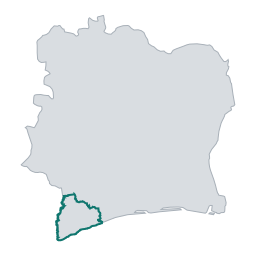 San Pedro, Bas-Sassandra, Ivory Coast shown in context
{"feature_id": "98640826B43081365176028", "entity_name": "San Pedro", "entity_type": "district", "adm_level": 2, "iso_a3": "CIV", "parent_name": "Ivory Coast", "parent_adm1": "Bas-Sassandra", "projection": "mercator", "projection_center": [-6.916, 5.016], "detail": "fine", "context": "in_parent", "style": "outline", "palette": "teal", "viewbox_px": 256, "rotation_deg": 0, "n_neighbors": 0, "source": "geoboundaries", "source_scale": "gbopen_adm2", "svg_char_len": 8259}
<svg xmlns="http://www.w3.org/2000/svg" viewBox="0 0 256 256"><path d="M42.7,35.4L43.7,35.3L46.4,34.5L48.9,32.7L51.1,29.0L54.2,25.9L57.7,26.2L58.7,25.6L59.9,25.5L61.4,27.5L62.8,29.0L63.9,29.0L64.7,31.9L71.0,33.1L73.7,33.9L76.0,36.0L76.8,36.0L77.7,35.6L78.5,34.9L78.6,34.1L77.7,32.2L78.1,30.5L79.1,29.0L80.7,28.9L83.2,28.4L86.0,28.4L88.1,28.7L89.0,27.2L88.2,22.9L88.4,20.6L88.7,18.6L89.5,17.8L92.6,20.3L95.5,21.2L97.6,21.2L98.1,20.8L97.3,18.0L97.5,17.2L98.2,16.7L99.6,16.5L103.3,15.4L103.6,15.6L104.3,19.9L104.0,21.3L104.8,24.2L105.7,26.9L105.7,28.0L104.9,29.7L104.0,31.2L104.1,31.8L105.5,32.9L108.3,34.0L111.2,34.2L112.8,32.6L114.5,31.4L115.6,30.2L116.0,28.5L117.9,27.3L123.1,25.7L127.9,25.5L129.1,26.0L131.3,28.3L134.0,30.0L138.2,29.8L141.3,30.7L143.9,32.5L145.7,36.6L147.6,39.5L148.5,43.6L151.5,45.8L153.9,46.8L157.2,49.8L160.5,51.3L164.0,51.0L165.6,52.5L168.2,53.7L170.8,53.7L173.1,50.3L176.1,48.9L183.7,46.1L186.7,44.9L189.8,44.1L197.1,43.8L204.0,44.7L207.3,45.3L209.7,44.9L211.9,46.5L214.1,50.0L216.0,51.1L217.9,52.3L219.3,55.0L221.0,57.7L221.9,58.9L223.9,61.5L225.7,61.6L227.4,60.4L228.1,59.6L228.5,61.3L227.8,64.2L227.9,66.0L228.9,66.6L228.4,68.9L226.4,72.8L226.3,75.1L228.3,75.8L229.8,78.2L230.6,82.3L231.5,83.7L231.6,84.6L233.0,94.6L234.8,104.7L233.7,106.0L232.1,106.4L231.1,106.9L230.8,107.8L231.5,109.2L231.0,110.4L229.1,111.3L224.8,114.5L224.6,115.8L223.4,118.5L222.5,120.1L221.1,123.2L218.9,131.4L218.1,138.1L218.0,140.2L217.1,141.6L216.2,143.7L211.6,149.5L209.2,154.2L209.5,156.3L209.6,158.3L208.9,159.8L209.1,163.8L209.6,167.1L210.5,170.4L213.8,179.6L215.5,185.3L216.6,189.8L217.5,192.8L218.4,194.1L218.8,195.2L223.7,196.1L224.7,196.7L226.1,202.6L225.8,205.3L224.9,206.3L224.9,208.6L224.7,211.4L223.9,212.5L221.2,212.6L219.3,213.7L216.8,213.2L216.6,212.5L215.2,212.3L211.6,210.7L212.2,205.6L210.5,205.4L209.2,206.0L206.6,212.2L205.3,213.2L187.0,210.1L183.0,207.5L178.2,207.0L169.9,207.2L163.1,208.0L161.1,209.5L178.4,208.6L180.3,208.8L181.2,209.8L159.3,211.8L150.9,213.0L148.5,212.6L146.6,210.7L137.5,210.4L135.7,211.1L134.6,212.5L138.1,212.2L143.8,212.1L145.3,213.2L127.6,214.7L115.4,217.5L110.2,219.5L93.2,226.2L82.8,229.4L80.1,230.6L75.3,233.8L69.3,235.9L62.5,239.8L58.3,240.6L57.4,239.4L57.2,232.9L56.7,224.1L56.9,220.8L57.4,217.6L57.5,215.0L59.5,214.0L60.1,212.9L60.4,209.5L62.3,206.4L62.4,201.0L62.9,199.9L63.4,198.5L62.5,194.9L61.5,188.2L60.9,187.8L60.5,188.1L59.4,188.2L55.1,185.9L51.8,185.5L49.5,183.5L49.3,181.3L48.2,180.0L47.4,177.4L46.3,174.4L43.0,172.6L39.9,172.1L37.8,172.5L35.2,172.4L32.3,171.4L30.3,170.3L28.4,168.1L26.6,166.4L25.2,166.6L23.5,166.2L21.8,165.4L21.2,164.8L28.3,157.8L30.7,154.4L31.0,152.3L31.0,150.2L31.8,148.1L32.0,144.8L28.0,132.9L27.0,129.2L26.0,128.1L25.3,127.7L27.3,126.1L30.0,126.5L34.2,127.7L35.1,126.6L38.3,120.5L38.2,118.3L37.9,116.7L39.8,112.6L41.2,111.0L42.0,109.3L41.8,106.9L40.6,106.1L39.2,106.2L37.4,105.7L34.7,104.3L33.4,103.1L33.8,97.6L34.1,95.9L35.0,95.0L36.5,94.7L40.6,94.5L44.0,95.2L46.9,95.5L48.5,95.5L49.8,97.1L51.5,98.8L53.0,98.8L53.5,97.6L53.2,92.2L52.2,89.3L49.9,86.6L44.1,84.2L43.9,80.9L44.5,77.4L45.8,76.1L50.1,73.8L49.4,72.6L48.0,71.3L45.2,70.0L45.9,65.7L46.0,61.9L43.7,62.3L41.3,62.5L39.2,61.4L37.6,59.1L37.2,52.7L37.2,45.3L36.9,42.1L37.6,40.4L39.6,38.8L41.9,36.7L42.7,35.4ZM214.4,213.3L213.5,214.7L208.9,213.8L210.0,212.7L214.4,213.3Z" fill="#d9dde1" stroke="#a8b0b8" stroke-width="1"/><path d="M64.0,196.0L64.1,196.3L63.9,196.8L63.9,197.0L64.2,197.3L63.5,197.3L63.4,197.4L63.4,198.2L63.2,198.5L63.3,198.8L63.6,198.9L63.9,199.1L63.8,199.5L63.6,199.5L63.3,199.3L63.2,199.3L63.0,199.5L63.5,199.8L63.5,200.0L63.1,200.2L63.0,200.4L63.0,200.5L62.9,200.8L62.5,200.9L62.3,201.2L62.4,201.8L62.6,202.2L62.5,202.8L62.3,202.6L62.1,202.5L62.0,202.4L61.9,202.1L61.5,202.4L61.4,202.7L61.4,202.8L61.6,203.1L62.0,203.3L62.1,203.6L62.2,204.2L62.4,204.5L63.2,205.0L63.7,204.9L63.6,204.5L63.7,204.4L63.9,204.4L63.8,204.9L63.7,205.7L64.0,206.1L64.4,206.1L64.1,206.4L64.0,206.6L63.8,206.6L63.7,206.7L63.3,206.9L63.3,207.1L63.5,207.5L63.4,207.7L63.1,207.8L63.0,208.3L62.5,208.7L62.4,208.7L62.7,208.4L62.7,208.2L62.4,208.0L62.4,207.9L62.6,207.9L62.7,207.6L62.9,207.5L62.8,207.2L62.6,207.2L62.1,207.3L61.8,207.6L61.5,207.7L61.2,207.9L61.1,208.0L60.9,207.8L60.6,208.0L60.5,208.4L60.5,208.6L60.8,208.7L60.9,208.8L60.9,209.4L60.9,209.5L60.7,209.4L60.6,209.5L60.3,209.9L60.2,210.2L60.4,210.5L60.5,210.5L60.6,210.8L60.5,211.2L60.7,211.6L60.6,212.1L60.5,212.5L60.2,212.8L60.2,213.3L59.7,213.5L59.7,213.9L59.3,214.4L59.2,214.3L59.3,213.9L59.1,213.7L58.7,213.8L58.3,214.2L57.9,214.4L57.8,214.7L57.6,214.7L57.4,214.9L57.4,215.1L57.6,215.2L57.7,215.6L57.9,215.7L57.8,216.0L58.0,216.3L57.9,216.4L57.7,216.8L57.7,217.1L57.9,217.5L58.2,217.6L58.2,217.8L58.1,218.2L57.9,218.3L57.8,218.6L57.6,218.6L57.6,218.8L57.8,219.2L58.1,219.1L58.3,219.2L58.5,219.5L58.4,219.6L58.3,219.8L58.4,220.1L58.5,220.3L58.7,220.5L58.3,220.7L58.0,220.5L57.8,220.5L57.5,220.6L57.4,221.0L57.1,221.1L56.9,220.9L56.3,221.1L56.1,221.7L56.1,221.9L56.3,222.1L56.6,222.1L56.5,222.3L56.6,222.7L56.7,222.8L56.5,223.0L56.4,223.1L56.5,223.4L56.8,223.9L56.5,224.0L56.4,224.2L56.3,224.4L56.4,224.8L56.4,225.0L56.9,225.4L57.5,225.5L57.3,226.0L57.5,226.4L57.5,226.8L57.7,227.1L57.4,227.6L57.7,228.3L57.7,228.5L57.3,228.5L57.2,228.8L57.5,229.5L57.3,229.5L57.1,229.6L57.0,230.1L57.4,230.2L57.6,230.4L57.7,231.2L58.0,231.6L57.7,231.9L57.7,232.1L57.2,232.1L57.0,232.6L57.4,232.9L57.5,233.1L57.5,233.4L57.6,233.7L57.3,233.9L57.3,234.3L57.8,235.0L57.6,235.2L57.8,235.8L57.5,236.0L57.3,236.5L57.3,236.9L57.4,237.2L57.7,237.5L58.3,237.6L58.2,237.7L57.8,237.9L57.6,238.1L57.2,238.9L57.3,239.4L57.9,240.0L58.3,240.0L58.5,240.2L58.9,240.3L59.2,240.2L60.3,240.3L60.9,240.1L61.2,240.1L61.9,239.8L62.8,239.6L63.5,239.1L64.5,238.7L65.0,238.2L65.4,238.1L65.9,237.9L66.2,237.4L66.5,237.2L67.0,236.9L67.4,236.9L68.4,236.7L68.7,236.0L69.8,235.3L70.2,235.2L70.7,234.7L71.4,234.7L71.6,234.5L72.5,234.5L74.2,234.3L74.5,234.4L74.8,234.2L75.2,234.2L75.3,234.0L76.1,233.9L76.2,233.7L76.3,233.2L76.7,232.8L77.1,232.7L77.2,232.3L77.9,232.1L77.9,231.9L78.2,231.6L78.3,231.6L78.6,231.2L78.8,231.1L79.6,230.7L80.1,230.4L80.0,230.0L80.1,229.8L80.3,229.7L81.1,229.5L81.5,229.5L82.0,229.3L85.4,228.9L85.6,228.7L86.3,228.6L86.8,228.7L87.4,228.6L87.6,228.2L88.7,228.0L89.6,227.8L90.2,227.4L90.4,227.3L91.1,226.8L91.2,226.5L92.0,226.1L92.4,226.0L92.7,225.9L92.9,225.9L93.4,225.8L94.5,225.7L95.1,225.6L96.4,225.3L96.6,225.2L96.7,224.8L97.3,224.5L98.0,224.4L98.5,224.2L99.5,223.9L99.7,224.0L101.3,223.3L101.9,223.2L101.9,222.8L101.9,222.5L102.0,222.0L101.9,222.0L101.7,222.1L101.4,221.9L101.3,221.4L101.2,221.4L100.9,221.1L100.6,221.0L100.4,221.1L100.2,220.9L99.9,221.0L99.7,221.2L99.5,221.3L99.0,221.3L98.9,221.0L98.7,220.6L98.3,220.5L98.0,220.2L98.0,219.9L98.4,219.9L98.5,219.8L98.8,219.9L98.9,219.7L99.0,219.7L99.5,219.3L99.9,219.3L100.5,218.5L100.4,218.4L100.3,218.0L100.3,217.7L100.3,217.2L100.1,216.9L99.6,216.5L99.4,216.2L99.5,216.0L99.5,215.7L100.1,215.4L100.3,215.3L100.2,215.1L100.1,214.8L100.3,213.4L100.1,212.7L99.8,212.6L99.3,212.2L98.9,211.3L98.6,211.2L98.5,210.9L98.6,210.7L98.5,210.1L98.6,209.9L98.5,209.7L98.4,209.4L98.4,208.4L96.8,208.4L95.8,208.5L95.4,208.1L95.5,208.0L94.6,207.0L93.7,207.1L93.0,206.9L93.0,207.0L92.1,207.4L91.9,207.7L90.7,208.0L90.4,208.0L90.2,208.2L90.2,208.4L90.1,208.5L89.6,208.5L89.3,208.4L89.3,208.5L89.3,206.1L89.1,206.0L88.9,206.1L88.9,205.9L88.8,206.0L88.8,205.8L88.7,205.8L88.4,205.8L88.0,205.9L88.0,205.7L87.7,205.5L87.4,205.2L87.2,205.1L87.2,204.8L87.0,204.6L87.0,203.9L86.9,203.8L86.9,203.7L86.9,203.3L85.9,203.3L85.1,202.9L83.7,201.7L83.4,201.6L83.1,201.7L82.9,201.6L82.6,201.5L82.5,201.4L82.4,201.5L82.0,201.8L81.5,201.7L81.3,201.6L80.9,201.5L80.5,201.6L80.2,201.6L80.1,201.9L80.0,202.0L79.7,202.2L79.1,202.1L78.6,202.2L76.7,201.5L76.8,201.2L76.9,200.8L76.7,200.7L76.3,200.1L76.2,199.8L76.0,199.6L75.9,199.5L75.5,199.5L75.2,199.2L75.1,198.9L75.3,198.8L75.3,198.7L75.6,198.5L75.4,198.3L75.4,198.0L75.2,197.8L75.4,196.6L75.5,196.4L75.3,196.1L75.2,195.7L74.8,195.0L74.8,194.6L74.4,194.2L74.4,194.3L74.2,194.4L68.4,195.1L68.4,195.3L68.2,195.3L68.2,195.5L67.9,195.9L67.8,196.0L67.2,196.0L66.9,195.8L66.7,195.8L66.3,196.0L66.2,196.1L65.8,196.0L65.4,195.8L65.2,195.9L64.7,195.9L64.5,196.0L64.0,196.0Z" fill="none" stroke="#0f766e" stroke-width="2"/></svg>